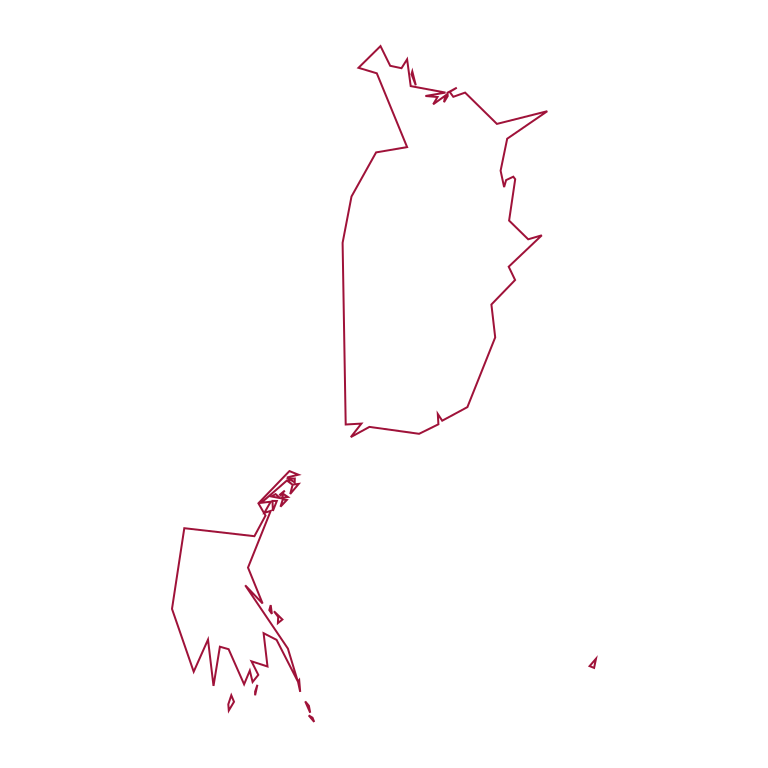 United States of America, Robinson projection, rotated 270°
{"feature_id": "USA", "entity_name": "United States of America", "entity_type": "country or territory", "adm_level": 0, "iso_a3": "USA", "parent_name": "North America", "parent_adm1": "", "projection": "robinson", "projection_center": [-126.716, 45.186], "detail": "medium", "context": "isolated", "style": "outline", "palette": "rose", "viewbox_px": 768, "rotation_deg": 270, "n_neighbors": 0, "source": "natural_earth", "source_scale": "50m", "svg_char_len": 1955}
<svg xmlns="http://www.w3.org/2000/svg" viewBox="0 0 768 768"><g transform="rotate(270 384 384)"><path d="M620.9,407.1L694.7,376.8L700.2,358.5L721.9,380.5L702.2,390.2L699.8,401.5L708.7,407.1L681.9,410.7L675.4,445.5L672.0,425.4L671.0,437.5L663.7,433.2L673.1,446.3L672.3,446.9L670.3,444.9L665.8,444.0L671.9,447.7L675.3,447.5L680.3,456.8L676.1,449.7L671.2,453.3L675.4,465.1L644.1,496.9L656.8,547.3L629.3,507.2L597.3,500.6L580.9,504.1L587.9,506.1L591.3,513.3L588.8,515.2L547.4,509.1L528.7,528.2L532.7,541.8L501.3,508.7L488.0,515.1L463.5,491.4L430.6,495.2L360.9,467.4L347.3,442.2L354.0,437.8L343.7,438.4L334.2,419.1L341.1,369.4L330.9,350.8L344.4,361.4L343.5,345.7L525.2,342.6L571.5,351.5L615.6,376.1L620.9,407.1ZM296.9,289.4L293.3,298.4L290.7,287.8L285.9,289.5L283.7,292.0L287.5,286.9L265.2,261.3L266.3,270.7L255.2,264.4L257.1,270.7L200.4,248.0L164.5,262.6L182.7,245.2L119.4,287.9L86.6,297.8L128.1,276.6L134.8,263.6L101.5,267.5L106.7,251.5L93.1,258.3L86.0,252.6L97.4,249.8L83.7,244.1L118.8,228.6L121.3,219.9L82.1,213.5L128.4,208.0L96.3,193.7L159.1,172.0L239.8,184.3L231.8,254.4L252.4,265.5L264.7,258.4L296.9,289.4ZM156.7,274.0L148.5,282.4L144.9,277.9L151.1,278.2L156.7,274.0ZM274.0,290.2L283.4,292.7L284.1,298.7L274.0,290.2ZM109.3,596.0L100.1,594.1L101.9,589.6L109.3,596.0ZM57.5,228.8L63.7,228.3L72.7,231.3L66.2,234.0L57.5,228.8ZM257.1,272.9L267.1,272.5L267.0,276.8L257.1,272.9ZM76.4,255.1L83.2,257.4L72.7,255.1L76.4,255.1ZM261.3,280.5L268.6,282.8L268.0,286.8L261.3,280.5ZM269.9,280.1L271.5,271.5L273.9,275.6L269.9,280.1ZM76.1,300.2L86.3,298.0L87.9,299.2L76.1,300.2ZM289.2,288.9L289.5,294.8L285.6,294.7L289.2,288.9ZM693.8,411.5L696.6,412.3L682.7,415.8L693.8,411.5ZM273.4,280.0L277.4,284.8L272.7,280.5L273.4,280.0ZM55.3,310.2L66.6,305.2L62.2,308.9L55.3,310.2ZM157.9,269.3L162.9,270.7L154.1,271.9L157.9,269.3ZM270.1,281.9L274.0,283.4L271.0,287.9L270.1,281.9ZM52.6,308.7L50.3,312.5L46.1,314.2L52.6,308.7Z" fill="none" stroke="#9f1239" stroke-width="2"/></g></svg>